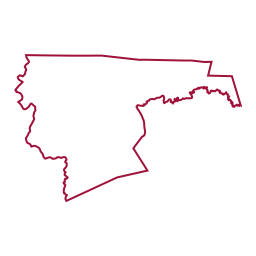 the district of Itezhi-Tezhi, Southern, Zambia
{"feature_id": "96606910B99117639697542", "entity_name": "Itezhi-Tezhi", "entity_type": "district", "adm_level": 2, "iso_a3": "ZMB", "parent_name": "Zambia", "parent_adm1": "Southern", "projection": "mercator", "projection_center": [26.535, -15.924], "detail": "fine", "context": "isolated", "style": "outline", "palette": "rose", "viewbox_px": 256, "rotation_deg": 0, "n_neighbors": 0, "source": "geoboundaries", "source_scale": "gbopen_adm2", "svg_char_len": 5633}
<svg xmlns="http://www.w3.org/2000/svg" viewBox="0 0 256 256"><path d="M240.6,105.1L231.9,76.2L208.1,75.6L211.5,61.8L204.4,62.0L191.4,60.5L182.4,60.5L143.8,59.7L139.1,59.8L101.6,55.6L73.9,55.7L46.2,55.4L26.1,55.1L26.4,57.1L27.3,58.9L28.6,60.7L28.8,61.2L28.9,61.9L28.7,62.3L28.0,63.2L26.5,64.3L25.7,65.1L25.3,65.7L24.8,67.0L25.8,68.5L26.2,69.7L26.0,70.6L25.6,71.1L25.3,72.3L25.0,74.0L23.1,76.1L22.7,76.3L21.9,75.9L21.1,75.8L20.9,75.6L20.5,75.5L20.2,75.3L19.8,75.3L18.6,76.2L17.7,77.2L18.3,78.8L18.7,79.3L19.5,80.1L22.3,81.7L22.6,81.9L22.6,82.1L22.2,82.6L21.3,83.3L19.8,85.0L19.4,85.1L18.6,86.0L17.4,87.5L15.4,89.9L15.4,90.1L16.2,90.7L16.4,91.0L16.2,91.7L16.5,92.0L18.4,92.4L20.1,93.1L21.1,94.1L21.7,95.1L22.4,96.7L22.3,98.4L21.9,99.5L18.3,102.0L19.7,103.3L21.1,105.0L23.2,108.6L23.5,108.9L24.3,109.2L25.2,109.1L25.8,109.0L26.5,108.6L28.8,106.7L30.4,104.1L30.8,103.7L31.2,103.6L31.6,103.7L32.0,104.0L35.2,106.8L35.2,107.1L35.1,108.4L35.5,110.2L35.3,110.7L34.9,111.1L34.5,111.7L33.9,113.1L34.1,113.5L33.6,114.7L33.5,115.8L33.5,116.8L34.0,117.9L34.1,119.0L33.5,120.6L32.7,121.7L32.7,122.3L32.0,123.3L30.8,125.5L30.3,126.1L29.7,127.9L29.7,128.6L30.2,130.9L30.0,131.5L28.5,133.4L27.8,135.3L25.9,138.2L26.1,139.6L26.9,142.2L27.6,143.0L29.6,143.8L30.9,145.3L31.1,146.4L31.4,146.6L31.7,146.6L33.8,145.8L34.4,145.8L35.3,146.0L37.0,146.7L38.9,147.9L39.3,148.3L40.1,149.8L40.6,151.4L42.5,153.7L42.9,154.4L43.4,156.5L44.0,157.4L45.1,158.6L45.6,158.6L48.3,157.6L49.3,157.3L50.3,157.3L53.0,158.9L55.5,158.4L56.5,158.0L57.1,157.4L57.6,157.2L58.2,157.1L61.5,157.9L61.7,157.7L62.9,157.2L64.7,157.1L65.1,157.2L65.6,157.6L66.4,159.1L66.5,159.8L65.5,161.1L65.2,161.7L65.3,162.2L66.4,162.9L66.7,163.4L66.6,165.9L65.9,167.3L64.6,168.6L64.1,169.4L64.0,170.3L64.3,170.9L64.9,171.9L65.1,171.8L65.5,172.0L65.5,172.5L65.1,173.2L64.8,173.6L64.6,174.7L64.7,175.1L66.2,176.1L66.4,176.5L67.2,177.3L67.5,177.3L67.6,177.8L67.1,178.3L66.2,178.8L65.2,178.8L65.0,179.7L64.6,180.3L64.7,181.1L64.9,181.7L64.3,182.2L63.9,182.3L63.6,182.7L63.9,183.2L63.8,183.5L64.4,184.1L64.7,184.1L65.0,184.3L65.2,184.6L65.3,185.0L65.2,185.9L64.2,188.0L63.7,190.7L63.9,192.7L64.1,193.2L64.6,193.1L65.2,194.1L65.5,194.4L66.0,194.8L66.8,195.1L66.7,195.6L65.8,196.9L65.5,197.9L65.5,199.1L66.4,200.9L117.2,177.4L147.4,170.6L145.1,166.9L133.4,148.4L135.5,145.4L142.2,136.6L143.1,136.3L144.2,135.4L144.6,134.5L145.1,132.5L145.1,130.9L144.9,130.5L144.3,126.5L144.2,123.0L143.5,119.9L142.7,118.5L142.5,117.6L142.0,116.2L141.1,114.6L139.6,111.9L138.8,110.6L137.7,109.2L136.9,107.5L136.5,106.8L136.7,106.3L137.0,106.2L137.5,105.3L137.8,105.2L140.4,105.7L141.4,105.7L142.5,106.0L143.2,105.9L144.1,105.4L144.0,105.1L143.6,104.8L143.7,104.5L144.1,104.2L145.0,104.4L145.4,104.4L147.0,102.8L147.0,102.5L146.6,102.1L146.6,101.9L146.8,101.5L147.8,100.9L149.0,100.7L149.2,100.4L149.3,100.0L149.7,99.5L152.1,98.9L154.0,99.2L154.5,99.2L155.3,98.8L156.9,97.8L159.1,97.7L159.7,97.5L160.7,97.0L162.0,95.9L162.7,95.7L163.0,95.7L163.4,95.9L164.1,97.5L164.1,98.8L163.6,100.8L163.9,102.5L164.1,102.9L164.5,103.1L165.5,102.2L167.4,101.5L168.7,99.9L169.1,99.5L169.7,99.4L170.3,99.5L170.8,99.9L171.0,100.9L170.7,101.7L170.8,102.0L172.0,102.2L172.4,102.6L172.6,103.3L173.0,103.4L173.2,103.0L173.4,102.0L173.8,101.6L174.1,101.5L174.7,101.7L175.1,101.2L175.1,100.3L174.5,99.5L174.6,99.1L174.7,98.9L174.8,98.9L175.9,99.6L176.9,101.0L177.2,101.2L177.7,101.0L177.9,100.6L177.9,100.3L177.0,98.4L177.2,97.9L177.6,97.7L178.1,97.9L178.1,98.3L178.0,99.1L178.2,99.6L178.8,100.0L179.9,100.2L180.8,100.0L181.5,99.6L182.7,98.9L183.0,98.4L183.6,98.5L184.1,98.9L184.5,98.9L186.4,98.1L187.6,98.2L188.3,98.5L189.4,98.2L190.5,98.3L191.1,98.2L191.4,98.1L192.0,97.7L192.1,96.9L191.6,95.4L190.8,94.1L190.9,93.6L190.1,93.3L189.9,93.1L189.8,92.5L190.0,92.3L190.4,92.3L191.0,92.6L191.4,93.1L191.9,93.4L192.0,93.2L191.8,92.7L191.8,92.3L192.0,92.1L192.4,92.1L193.0,92.9L193.3,92.9L193.9,92.5L194.1,92.0L193.9,91.7L193.1,91.5L192.9,91.1L193.6,90.1L194.1,89.7L194.9,89.4L196.0,89.4L197.2,88.7L197.8,88.8L198.0,88.0L198.2,87.8L198.6,87.8L199.2,88.4L199.5,88.5L199.8,88.3L200.1,87.6L200.4,87.5L201.1,87.5L201.9,87.3L202.3,87.4L202.9,87.8L203.3,88.3L203.8,88.5L204.0,88.3L204.1,88.0L203.9,87.1L204.2,86.9L204.6,87.1L204.9,87.9L205.1,88.1L205.9,87.8L206.6,87.2L206.8,87.2L207.0,87.6L206.5,88.6L206.5,89.1L206.7,89.4L207.3,89.7L207.5,90.1L207.5,90.4L207.3,90.9L207.6,91.2L207.9,91.8L207.6,92.5L208.7,92.9L209.1,93.5L209.9,93.0L210.1,92.6L210.7,91.8L210.7,91.0L210.9,90.8L211.4,90.7L212.2,90.9L212.8,90.7L213.3,91.3L214.2,91.0L215.3,91.2L216.9,89.6L217.3,89.6L217.7,89.7L218.3,90.6L219.3,90.5L219.7,90.7L219.9,90.9L219.6,91.6L219.7,92.6L219.8,92.7L220.4,92.4L220.8,92.5L221.1,93.2L221.4,93.4L222.0,93.5L222.5,94.0L223.1,93.8L223.2,94.0L223.2,94.5L223.3,94.6L223.9,94.4L224.3,94.0L224.8,93.8L225.1,93.5L225.5,93.4L225.7,92.6L226.1,92.4L226.7,93.8L227.0,94.0L227.8,94.2L227.7,95.1L227.9,95.9L228.3,96.2L229.0,96.4L228.6,97.0L228.0,97.4L228.0,97.7L228.6,98.3L228.1,99.0L228.1,99.3L228.5,100.0L228.8,100.2L229.0,100.1L229.5,99.7L229.9,99.7L230.1,100.2L230.6,100.4L230.6,100.8L231.2,101.0L231.3,101.4L231.6,101.7L231.2,102.3L231.2,102.5L231.4,102.5L231.9,102.3L232.1,102.3L232.1,102.6L231.6,103.0L232.6,103.3L232.5,103.7L232.0,103.8L231.9,104.0L232.4,104.9L233.0,105.3L232.6,106.1L232.6,106.3L233.8,106.8L233.9,106.7L234.0,106.2L234.5,106.4L234.7,106.0L235.3,105.6L235.7,105.4L236.4,105.5L236.6,105.3L236.6,104.9L236.9,104.7L237.1,104.9L237.2,105.3L237.5,105.6L237.9,105.3L238.3,105.3L238.6,104.9L238.9,105.0L239.1,105.6L239.4,105.9L239.7,105.7L239.7,104.7L239.8,104.6L240.0,104.5L240.3,104.9L240.6,105.1Z" fill="none" stroke="#9f1239" stroke-width="2"/></svg>